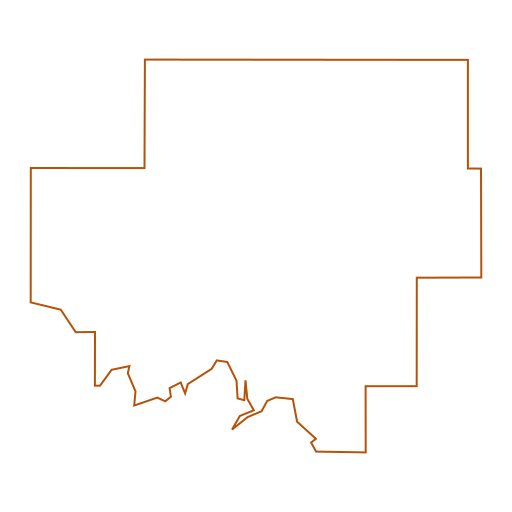 outline of Ramsey, North Dakota, United States of America
{"feature_id": "52423323B86703523671903", "entity_name": "Ramsey", "entity_type": "district", "adm_level": 2, "iso_a3": "USA", "parent_name": "United States of America", "parent_adm1": "North Dakota", "projection": "robinson", "projection_center": [-98.806, 48.23], "detail": "fine", "context": "isolated", "style": "outline", "palette": "amber", "viewbox_px": 512, "rotation_deg": 0, "n_neighbors": 0, "source": "geoboundaries", "source_scale": "gbopen_adm2", "svg_char_len": 718}
<svg xmlns="http://www.w3.org/2000/svg" viewBox="0 0 512 512"><path d="M30.8,168.0L30.7,302.4L60.8,309.7L75.7,332.2L95.0,332.0L94.9,385.7L100.0,385.7L111.6,369.8L129.4,366.1L127.8,373.2L135.5,391.3L134.2,405.5L157.3,397.6L165.2,401.3L170.9,396.8L169.6,388.1L180.7,382.5L185.1,393.4L187.8,384.1L211.7,368.8L216.8,360.4L227.3,362.0L236.5,380.7L237.6,398.4L244.3,400.2L245.5,380.3L247.3,398.8L253.8,410.3L239.9,415.9L232.0,429.6L247.6,417.1L261.6,411.2L267.2,400.9L275.8,397.3L292.8,399.1L297.1,421.7L315.9,438.8L311.1,442.5L316.1,451.6L365.7,452.4L365.6,386.2L416.7,386.2L416.8,277.7L481.3,277.5L481.0,168.6L467.9,168.5L467.9,59.9L144.9,59.6L144.5,168.1L30.8,168.0Z" fill="none" stroke="#b45309" stroke-width="2"/></svg>